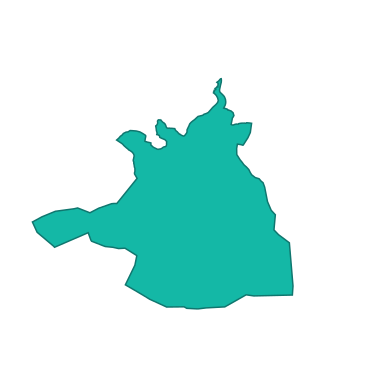 the district of Akinyele, Oyo, Nigeria, rotated 204°
{"feature_id": "59680162B96934818178887", "entity_name": "Akinyele", "entity_type": "district", "adm_level": 2, "iso_a3": "NGA", "parent_name": "Nigeria", "parent_adm1": "Oyo", "projection": "albers", "projection_center": [3.952, 7.55], "detail": "fine", "context": "isolated", "style": "filled", "palette": "teal", "viewbox_px": 384, "rotation_deg": 204, "n_neighbors": 0, "source": "geoboundaries", "source_scale": "gbopen_adm2", "svg_char_len": 5696}
<svg xmlns="http://www.w3.org/2000/svg" viewBox="0 0 384 384"><g transform="rotate(204 192 192)"><path d="M325.6,99.7L317.1,92.2L296.4,86.2L295.1,85.6L270.3,112.6L264.8,106.9L263.7,106.2L250.5,106.8L249.1,106.9L241.8,109.3L236.4,110.4L236.0,110.5L230.4,113.4L216.8,111.5L216.5,111.3L214.4,101.9L215.1,80.1L195.3,77.9L186.9,76.8L168.4,76.6L152.5,83.9L149.5,83.6L141.1,86.8L138.9,87.7L131.9,91.9L115.3,100.4L100.8,120.0L100.7,120.1L93.3,122.2L58.4,138.7L61.5,147.2L82.4,185.2L95.6,188.2L101.7,190.7L106.6,205.1L112.2,207.5L119.1,213.9L127.6,226.0L130.9,229.4L133.2,230.0L136.1,231.4L140.1,230.9L144.5,232.0L146.7,233.5L149.2,235.6L152.5,237.0L155.1,237.8L156.4,238.4L158.2,239.5L161.2,241.0L166.3,244.4L168.9,249.9L170.0,254.2L166.4,255.2L164.7,255.4L164.3,255.7L163.1,263.6L163.0,264.1L162.9,270.0L165.5,279.0L167.3,278.5L170.2,277.5L170.9,276.6L171.1,276.5L171.8,276.4L172.9,275.9L174.4,275.2L175.8,274.4L177.2,273.4L177.3,272.8L179.3,272.0L180.5,271.1L181.5,270.0L182.5,269.6L183.7,269.6L185.2,276.2L184.9,277.2L184.8,278.9L186.8,281.2L188.0,281.5L189.1,281.9L190.3,281.8L191.3,281.8L191.8,281.8L192.0,281.5L192.8,281.5L193.0,281.8L193.5,282.0L194.0,282.0L194.5,281.9L195.2,281.9L195.8,281.8L196.1,281.8L196.4,281.5L197.2,281.5L197.1,283.6L197.0,284.5L197.1,285.5L197.4,287.0L198.0,288.4L199.1,290.2L200.9,292.0L202.2,292.8L204.5,293.7L206.8,294.5L207.6,295.2L208.2,296.1L208.5,297.0L209.4,301.2L209.9,304.1L210.4,305.6L211.0,306.8L211.4,307.4L211.7,307.2L212.0,306.9L212.2,306.3L212.4,305.8L212.5,305.2L212.6,304.9L212.7,304.5L213.0,303.9L213.4,303.2L213.7,302.7L213.9,302.3L213.5,302.2L213.0,302.1L212.5,302.0L212.1,301.7L211.9,301.5L212.0,301.3L212.1,301.1L212.0,300.8L211.9,300.6L211.8,300.3L211.7,300.0L211.6,299.8L211.5,299.5L211.5,299.2L211.4,298.8L211.3,298.6L211.7,298.6L211.9,298.6L211.9,298.3L211.9,298.2L212.0,298.2L212.1,297.9L212.2,297.6L212.2,297.4L212.4,297.0L212.5,296.7L212.7,296.4L212.8,296.3L212.9,296.1L213.0,296.0L212.8,295.9L212.6,295.8L212.4,295.6L212.2,295.5L212.1,295.3L212.0,295.2L212.4,294.8L212.6,294.6L212.8,294.4L212.9,294.2L213.0,294.0L213.1,293.9L212.9,293.7L212.7,293.5L212.6,293.3L212.6,293.1L212.9,292.8L212.7,292.7L212.5,292.4L212.5,292.2L212.6,291.8L212.6,291.6L212.7,291.3L211.8,291.1L210.3,290.6L209.0,290.0L207.0,288.5L205.2,286.3L205.0,284.2L205.7,281.7L207.5,277.7L208.5,274.3L209.5,271.2L210.9,269.5L212.7,267.9L213.5,266.3L214.1,265.9L215.4,264.9L217.2,263.5L218.1,261.5L219.1,259.1L220.0,257.6L221.2,255.2L221.8,253.2L221.7,251.4L221.8,248.3L221.8,247.5L221.8,246.6L221.3,245.7L221.0,244.7L220.9,243.9L221.1,242.8L221.4,241.9L221.5,241.1L221.8,240.3L222.4,239.7L222.9,239.6L223.8,239.6L224.3,239.5L225.2,239.6L225.7,239.8L225.9,239.9L226.3,239.8L226.7,239.7L226.8,239.8L227.1,239.7L227.4,239.9L227.5,240.0L227.8,240.1L228.0,240.2L228.3,240.3L228.7,240.4L229.0,240.5L229.5,240.8L229.9,241.0L230.2,241.1L230.5,241.1L231.1,241.3L231.5,241.4L231.9,241.6L232.2,241.8L232.5,241.9L232.8,242.2L233.1,242.5L233.3,242.7L233.4,242.8L233.5,242.9L233.8,242.8L234.2,242.7L234.5,242.6L235.0,242.4L235.6,242.2L236.0,242.1L236.4,242.0L236.9,241.7L237.2,241.5L237.5,241.4L237.9,241.4L238.2,241.3L238.5,241.2L239.0,240.9L239.4,240.7L239.8,240.6L240.1,240.4L240.4,240.3L240.7,240.3L241.2,240.5L241.5,240.6L241.8,240.8L242.1,241.0L242.5,241.5L242.8,241.9L243.2,242.2L243.4,242.5L243.7,242.7L244.0,242.9L244.4,243.1L244.7,243.2L244.7,243.3L244.9,243.3L245.2,243.5L245.3,243.6L245.6,243.7L245.9,243.7L246.3,243.7L246.7,243.8L247.1,243.9L247.6,244.1L248.0,244.2L248.2,244.3L248.4,244.4L248.6,244.5L248.8,244.6L249.1,244.7L249.2,244.8L249.3,244.9L249.5,245.0L249.5,244.8L249.7,244.7L250.1,244.8L250.6,244.8L251.2,244.6L251.8,244.4L252.2,244.0L252.2,243.5L252.4,243.0L252.3,242.6L252.1,242.2L251.8,241.8L251.5,241.2L251.3,240.4L251.3,239.4L251.5,238.6L251.6,238.3L251.9,238.0L252.0,237.5L251.9,237.4L251.8,237.2L251.7,237.1L251.5,236.8L251.3,236.5L251.1,236.3L251.0,236.2L250.9,236.0L250.8,235.8L250.6,235.5L250.4,235.1L250.0,234.5L249.8,234.1L249.5,233.6L249.2,233.3L249.0,233.0L248.7,232.6L248.4,232.3L248.1,232.0L247.9,231.7L247.7,231.5L247.7,231.3L247.7,230.9L247.7,230.5L247.6,230.1L247.4,230.1L247.1,230.2L246.7,230.3L246.2,230.4L245.7,230.3L245.4,230.3L245.1,230.3L244.9,230.3L244.6,230.0L243.6,228.8L241.9,228.7L238.0,228.8L235.7,227.8L235.1,226.2L234.5,225.0L234.3,223.6L234.8,222.6L235.9,221.9L236.7,220.9L237.2,219.8L237.8,219.1L238.2,218.6L238.6,218.3L239.0,218.1L239.7,217.7L240.2,217.2L241.2,217.0L243.3,217.1L244.6,217.1L245.9,217.3L246.7,217.5L247.5,217.9L247.9,218.0L248.0,218.1L248.3,218.1L248.5,218.1L248.7,218.3L248.8,218.4L248.9,218.6L249.0,219.0L249.2,219.3L249.3,219.5L249.4,219.9L249.5,220.1L250.0,220.0L250.3,220.0L250.6,220.0L251.0,219.9L251.3,219.8L251.7,219.7L252.0,219.7L252.3,219.5L252.6,219.5L252.8,219.5L253.1,219.4L253.4,219.4L253.7,219.4L253.8,219.4L254.0,219.3L254.6,219.3L255.0,219.2L255.4,219.2L255.6,219.2L255.8,219.3L255.9,219.8L256.1,220.7L256.3,221.5L256.4,221.8L256.5,222.3L256.6,222.7L256.7,223.1L256.7,223.5L256.9,223.9L257.0,224.4L257.6,224.9L260.7,225.4L264.0,225.7L267.6,225.1L271.1,223.9L273.5,223.0L274.9,220.9L276.6,219.9L278.5,217.6L279.1,215.4L280.1,213.8L280.8,211.4L282.0,208.8L276.0,207.8L274.8,207.5L273.1,206.7L269.7,205.6L268.3,205.3L267.0,204.7L265.3,204.6L264.3,204.4L263.0,204.1L261.9,203.6L260.8,202.9L259.9,202.0L259.4,201.0L259.3,200.2L259.1,199.5L258.9,198.5L258.7,197.3L258.3,196.5L257.4,195.7L256.7,194.2L256.0,193.4L255.4,192.4L254.8,191.4L253.7,190.3L253.1,188.8L252.6,187.9L252.4,186.6L252.3,186.0L251.8,185.1L247.7,182.1L256.0,150.9L258.4,149.9L260.7,148.6L270.6,139.3L276.8,131.5L290.0,130.9L293.1,128.6L309.0,118.8L319.0,108.3L325.6,99.7Z" fill="#14b8a6" stroke="#0f766e" stroke-width="1.5"/></g></svg>